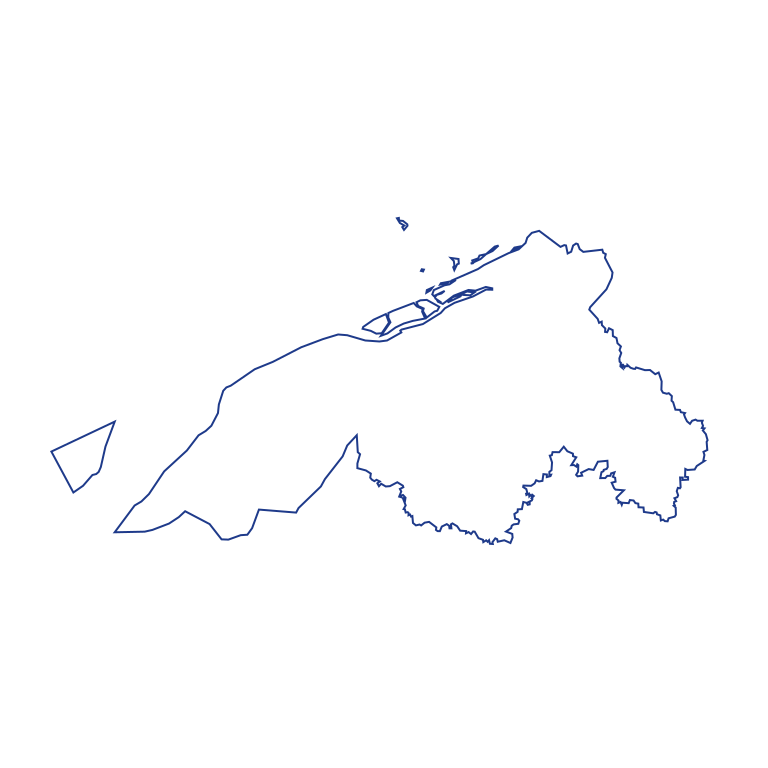 Lakshmipur, Chittagong, Bangladesh (Albers equal-area conic projection), rotated 94°
{"feature_id": "16705992B31973889793084", "entity_name": "Lakshmipur", "entity_type": "district", "adm_level": 2, "iso_a3": "BGD", "parent_name": "Bangladesh", "parent_adm1": "Chittagong", "projection": "albers", "projection_center": [90.887, 22.836], "detail": "fine", "context": "isolated", "style": "outline", "palette": "blue", "viewbox_px": 768, "rotation_deg": 94, "n_neighbors": 0, "source": "geoboundaries", "source_scale": "gbopen_adm2", "svg_char_len": 6120}
<svg xmlns="http://www.w3.org/2000/svg" viewBox="0 0 768 768"><g transform="rotate(94 384 384)"><path d="M220.4,239.9L222.9,247.1L228.0,251.3L233.4,252.6L240.3,259.1L244.8,268.9L258.5,292.7L262.8,298.3L276.2,323.9L278.2,325.3L275.2,319.5L280.0,325.6L281.3,330.5L286.8,340.8L291.2,342.1L292.8,340.4L286.9,330.0L289.7,333.0L291.3,337.4L293.8,339.3L295.2,338.6L298.7,332.5L297.3,336.5L298.2,335.9L300.0,330.9L291.0,320.5L284.3,306.3L284.5,299.2L280.1,289.2L281.0,282.7L282.4,282.6L282.7,288.8L290.5,301.4L298.1,319.3L304.2,328.5L309.2,332.4L321.5,349.4L328.5,370.3L329.6,371.5L331.4,370.3L340.4,384.0L341.9,391.5L341.9,405.7L337.9,424.1L337.8,433.2L343.5,448.1L353.1,469.1L369.7,496.5L378.3,514.0L396.4,536.8L398.4,541.0L402.0,543.9L415.9,547.3L424.6,547.6L437.7,553.3L443.3,558.6L448.1,565.4L464.1,576.0L486.5,597.2L510.2,610.8L518.1,617.8L522.6,624.3L550.7,642.3L548.0,612.4L545.7,604.8L538.2,588.7L531.1,579.4L524.8,573.5L535.9,548.2L550.3,535.2L550.1,528.4L544.8,516.4L543.9,509.8L537.0,505.5L518.0,500.0L518.4,462.7L513.7,460.6L490.6,439.8L483.0,436.3L459.1,420.2L447.9,416.4L437.0,407.6L453.8,405.4L455.7,403.0L465.1,405.0L469.8,404.7L471.5,396.0L474.3,390.9L478.4,391.2L480.3,389.4L481.6,386.8L480.1,384.8L481.5,381.4L483.5,383.7L486.3,381.9L483.7,379.9L486.1,375.1L485.5,371.0L481.1,363.9L484.1,358.1L485.6,357.5L487.6,360.8L490.0,359.3L495.3,361.0L495.8,358.8L494.0,358.9L493.4,357.3L495.9,354.6L498.1,354.8L496.3,356.1L496.6,357.2L503.6,353.9L507.4,355.7L507.6,354.4L510.7,353.4L510.2,351.4L511.1,350.4L513.2,350.4L512.4,348.9L514.4,347.7L513.8,346.5L520.6,345.4L522.8,342.3L521.7,338.7L522.5,337.1L519.5,333.8L518.4,329.4L523.4,321.8L525.9,322.0L527.0,320.3L526.9,318.0L522.2,316.4L519.4,311.6L520.9,309.1L523.4,308.6L523.3,306.7L519.3,307.4L518.3,306.0L520.8,301.1L525.0,297.8L525.0,291.8L527.2,291.8L525.8,289.3L527.6,286.7L524.9,284.8L525.0,283.2L531.2,279.0L532.5,274.4L534.8,273.9L532.8,271.2L534.2,269.6L532.5,268.3L536.0,267.2L536.0,264.3L534.2,264.8L530.2,262.2L530.9,260.3L533.4,259.5L531.5,253.1L533.8,246.8L528.2,245.0L524.6,245.6L522.7,252.0L518.9,247.1L516.5,246.7L515.0,244.9L514.1,240.3L511.0,239.5L509.6,240.8L509.2,243.8L504.6,244.9L502.2,241.8L499.7,241.8L499.2,237.7L492.0,236.8L492.6,233.5L494.5,232.2L493.9,230.3L492.0,230.4L491.8,231.8L489.8,228.4L488.4,227.9L487.7,228.9L485.3,226.8L484.3,228.2L486.0,228.6L484.5,229.9L486.0,231.2L483.3,231.7L484.8,234.2L483.5,234.6L483.0,233.3L478.9,234.7L477.1,238.0L475.6,237.8L475.3,230.1L472.6,226.8L469.4,225.5L470.4,222.6L469.6,219.2L462.8,218.7L462.9,215.2L465.5,215.1L464.3,211.5L462.9,211.0L463.3,212.7L460.1,212.9L458.3,210.9L450.5,210.9L443.9,213.6L443.3,211.6L440.2,211.1L439.8,204.4L434.0,200.3L438.3,196.4L440.3,190.7L442.8,190.4L443.7,187.1L451.9,191.5L451.6,188.9L453.0,186.3L450.6,185.6L451.4,184.5L457.9,184.3L461.2,186.0L462.6,184.5L461.6,179.9L458.8,181.2L454.6,173.9L455.1,168.9L446.6,165.2L445.0,155.8L451.2,155.0L453.2,156.0L454.3,158.8L455.7,159.0L456.8,160.9L462.8,161.7L462.4,156.7L460.1,154.9L459.8,151.8L457.3,151.2L456.0,147.9L460.6,149.2L461.4,146.9L465.3,146.2L466.6,150.0L471.8,147.2L473.2,145.7L473.3,137.3L481.0,144.1L482.3,144.1L483.9,141.9L486.2,141.9L485.2,139.8L488.0,138.4L485.8,137.8L485.8,131.6L482.6,130.6L482.8,126.9L485.3,124.9L485.6,122.0L489.2,121.5L489.1,116.5L493.5,115.8L494.2,106.4L492.7,104.7L493.1,103.1L494.9,102.6L495.8,99.2L500.8,98.3L499.8,96.0L501.2,94.3L501.2,91.5L498.1,90.7L496.0,84.7L494.2,83.7L486.9,84.4L485.3,86.5L484.7,85.4L483.1,86.4L481.4,86.3L480.5,84.4L477.7,86.3L476.4,83.5L474.5,82.8L470.5,84.5L467.1,83.6L467.4,81.5L466.3,80.9L456.6,82.1L456.5,79.5L458.9,79.6L458.2,74.0L455.7,74.2L455.5,77.2L447.7,77.5L448.6,75.3L447.6,68.1L444.0,66.3L438.3,58.8L438.1,60.1L432.4,59.4L429.4,60.6L427.3,56.9L419.2,58.1L417.5,57.3L411.6,59.4L408.1,62.7L405.9,61.2L405.7,63.8L403.5,62.8L400.5,64.2L398.4,63.6L398.8,68.8L397.8,70.7L399.2,74.1L402.4,76.0L400.1,79.1L396.4,81.3L393.5,82.6L392.0,81.7L391.4,85.9L389.2,86.9L389.3,91.5L382.0,94.3L380.6,96.0L376.0,96.0L373.3,99.3L374.0,101.2L373.2,105.1L370.5,106.9L362.0,107.2L353.4,110.8L355.3,114.1L351.5,119.6L352.0,124.6L349.9,133.7L351.4,134.5L351.4,136.3L350.6,139.2L347.9,142.6L349.3,142.7L349.4,144.6L350.7,145.2L348.1,146.9L348.2,148.3L351.5,147.2L349.9,149.4L346.3,149.2L345.3,150.5L342.0,151.0L336.5,149.5L333.8,151.4L330.0,150.3L327.1,153.9L321.9,155.3L320.2,159.0L314.3,159.6L312.7,163.4L316.8,165.0L316.6,167.1L313.2,167.1L310.1,170.7L306.6,171.2L308.0,173.7L304.1,175.4L295.5,184.4L293.0,183.7L274.0,168.7L262.2,164.2L256.8,163.8L242.7,172.4L239.0,171.8L237.8,174.5L234.8,175.6L238.3,194.4L235.8,198.2L230.9,200.5L230.5,202.2L232.7,205.0L239.0,206.5L241.0,209.9L233.1,212.1L232.9,213.9L234.9,217.5L220.4,239.9ZM474.6,711.1L513.9,686.3L506.5,677.1L495.1,668.5L493.9,664.8L491.6,662.5L486.6,660.7L465.9,657.5L440.3,650.0L474.6,711.1ZM319.0,359.6L315.8,347.5L309.2,351.0L306.5,350.7L304.3,356.7L301.1,360.0L310.4,380.1L312.9,384.6L317.3,384.4L322.0,381.9L336.1,390.4L333.3,384.1L326.8,376.4L322.3,368.5L319.0,359.6ZM330.4,409.2L331.9,400.9L334.3,395.2L333.5,389.8L322.4,383.3L314.1,387.0L320.6,398.9L328.5,408.7L330.4,409.2ZM308.6,350.2L314.7,346.0L308.1,338.6L307.2,336.0L303.2,334.2L297.1,347.2L298.0,353.6L300.2,357.3L303.8,355.3L305.9,349.7L308.6,350.2ZM254.1,318.4L253.6,326.1L256.5,322.9L261.0,322.0L262.6,323.1L265.5,321.8L259.5,319.4L258.7,317.8L254.1,318.4ZM217.8,382.6L222.3,379.4L224.5,374.8L226.2,376.7L228.9,374.8L224.5,371.6L223.1,371.9L220.0,376.4L219.9,380.4L217.3,380.8L217.8,382.6ZM256.7,303.7L252.7,296.5L247.3,291.2L249.2,297.7L252.1,298.8L254.6,304.6L256.7,303.7ZM289.6,311.1L289.5,304.1L286.4,300.3L285.9,307.7L288.0,311.1L289.6,311.1ZM298.2,326.2L291.2,313.8L289.0,312.7L292.7,321.8L298.2,326.2ZM247.3,291.2L243.8,285.0L237.9,279.4L239.2,283.1L247.3,291.2ZM290.0,348.1L287.4,344.3L284.4,342.4L287.3,347.8L290.0,348.1ZM280.9,335.0L278.7,327.5L277.5,326.6L279.5,334.3L280.9,335.0ZM241.7,265.5L239.1,259.6L237.5,258.6L238.8,263.4L241.7,265.5ZM268.6,355.0L269.0,352.9L267.1,352.2L266.9,354.3L268.6,355.0ZM257.8,305.9L257.4,303.8L257.1,303.5L256.7,303.7L257.8,305.9Z" fill="none" stroke="#1e3a8a" stroke-width="2"/></g></svg>